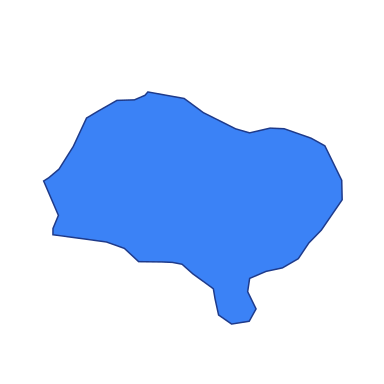 Dong-gu, Daegu, South Korea (Albers equal-area conic projection), rotated 299°
{"feature_id": "91817680B96924831002014", "entity_name": "Dong-gu", "entity_type": "district", "adm_level": 2, "iso_a3": "KOR", "parent_name": "South Korea", "parent_adm1": "Daegu", "projection": "albers", "projection_center": [128.675, 35.931], "detail": "fine", "context": "isolated", "style": "filled", "palette": "blue", "viewbox_px": 384, "rotation_deg": 299, "n_neighbors": 0, "source": "geoboundaries", "source_scale": "gbopen_adm2", "svg_char_len": 706}
<svg xmlns="http://www.w3.org/2000/svg" viewBox="0 0 384 384"><g transform="rotate(299 192 192)"><path d="M205.6,63.9L174.2,66.1L147.6,64.6L135.0,59.8L129.7,56.9L106.8,86.5L92.7,88.1L87.2,91.1L106.8,141.4L109.9,160.2L105.2,179.1L116.2,199.5L120.9,208.9L124.0,218.3L120.8,232.5L119.3,245.0L117.7,257.6L109.8,263.9L97.3,274.9L95.7,290.6L96.3,291.4L106.7,304.7L120.8,304.7L131.8,289.0L144.4,284.3L158.5,295.3L169.5,307.9L185.2,317.3L204.1,318.9L221.4,323.6L258.0,327.1L274.8,317.3L296.8,285.8L296.8,270.1L292.0,241.9L285.7,229.3L271.6,213.6L268.4,199.5L266.9,163.4L270.0,139.8L258.1,104.9L253.8,104.0L244.7,97.0L235.7,81.9L217.6,70.9L205.6,63.9Z" fill="#3b82f6" stroke="#1e3a8a" stroke-width="1.5"/></g></svg>